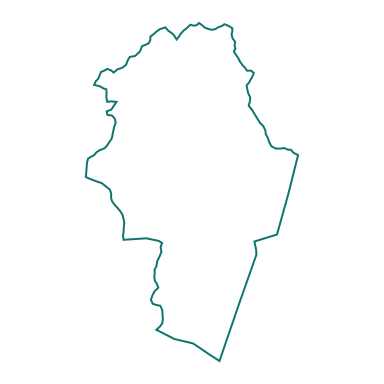 the district of Capela, Sergipe, Brazil
{"feature_id": "56859067B50452585755721", "entity_name": "Capela", "entity_type": "district", "adm_level": 2, "iso_a3": "BRA", "parent_name": "Brazil", "parent_adm1": "Sergipe", "projection": "albers", "projection_center": [-37.055, -10.484], "detail": "fine", "context": "isolated", "style": "outline", "palette": "teal", "viewbox_px": 384, "rotation_deg": 0, "n_neighbors": 0, "source": "geoboundaries", "source_scale": "gbopen_adm2", "svg_char_len": 2100}
<svg xmlns="http://www.w3.org/2000/svg" viewBox="0 0 384 384"><path d="M99.7,75.1L98.4,78.5L95.9,81.1L94.1,84.9L99.9,86.3L103.3,88.3L106.3,89.3L106.6,92.5L106.3,97.0L107.2,101.8L111.6,101.4L116.5,101.9L114.2,105.2L111.3,109.6L106.6,111.4L107.5,114.9L112.1,115.6L114.7,118.6L115.7,122.3L114.1,127.1L111.8,138.4L109.2,142.3L106.7,146.1L104.5,148.3L99.7,150.2L96.3,152.4L94.2,155.1L90.8,156.8L88.1,158.6L87.0,162.6L85.9,177.0L88.7,178.4L92.2,179.7L96.5,181.4L101.7,183.1L105.6,186.2L109.9,189.6L111.2,193.8L111.1,197.8L111.9,201.0L114.1,204.2L117.3,207.7L120.2,211.2L122.4,214.5L123.4,218.3L124.3,222.8L123.8,227.1L123.6,232.0L123.0,235.7L123.6,239.8L146.3,238.3L158.7,240.9L162.1,243.0L160.6,247.1L161.4,252.0L159.5,256.7L157.2,261.2L156.4,266.3L154.6,269.6L154.7,273.6L154.3,277.5L154.9,280.9L156.7,283.5L158.3,287.7L154.3,291.6L152.3,295.7L150.9,299.9L152.8,303.8L156.8,305.1L160.3,305.8L162.3,310.1L162.5,314.5L162.9,319.0L162.3,323.2L160.2,326.3L156.4,329.8L174.3,339.0L193.0,343.4L209.6,354.6L219.5,361.0L238.8,304.6L256.4,254.7L256.1,249.6L254.4,241.5L277.0,234.5L288.5,193.3L298.1,155.1L293.5,152.8L290.9,149.8L287.6,149.6L284.5,148.1L280.2,148.6L275.7,148.5L271.4,146.3L269.3,142.3L267.7,137.6L265.8,134.2L265.3,130.2L263.2,126.0L260.3,123.2L258.1,119.8L255.7,115.9L253.8,112.8L251.9,109.7L248.7,105.7L250.0,100.9L250.2,97.3L248.2,93.2L247.4,89.8L246.6,85.3L249.1,82.5L251.0,78.9L252.5,76.3L253.8,72.9L251.0,70.7L247.0,70.7L245.1,67.8L242.6,65.4L240.0,61.6L238.0,57.7L235.9,54.8L233.9,51.5L235.4,48.5L234.6,45.5L235.1,41.8L232.6,38.4L231.6,34.6L232.3,31.5L232.3,28.3L228.6,25.9L224.4,24.2L221.9,26.0L218.5,27.1L215.1,29.2L211.7,29.8L208.4,29.0L204.6,27.5L201.7,24.9L199.0,23.0L196.7,25.1L193.7,25.7L190.4,24.7L187.0,27.9L183.6,30.6L180.7,33.9L178.6,37.1L176.6,39.5L173.9,35.1L171.7,33.1L168.2,30.7L165.4,27.4L159.8,29.2L156.2,31.8L153.5,34.3L150.4,36.6L150.3,40.1L148.9,43.1L146.2,44.5L142.1,46.1L139.9,51.5L135.1,56.0L129.8,56.9L127.7,60.4L126.0,65.0L121.9,67.9L117.3,69.4L113.6,72.6L111.3,70.5L107.3,68.9L104.0,70.8L101.1,71.9L99.7,75.1Z" fill="none" stroke="#0f766e" stroke-width="2"/></svg>